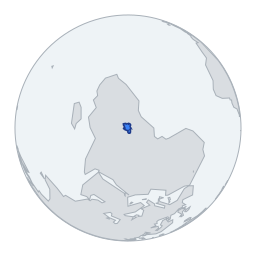 Kasaï-Occidental highlighted on a globe, orthographic projection, rotated 163°
{"feature_id": "COD-1872", "entity_name": "Kasaï-Occidental", "entity_type": "Province", "adm_level": 1, "iso_a3": "COD", "parent_name": "Democratic Republic of the Congo", "parent_adm1": "", "projection": "orthographic", "projection_center": [21.465, -5.12], "detail": "coarse", "context": "on_globe", "style": "filled", "palette": "blue", "viewbox_px": 256, "rotation_deg": 163, "n_neighbors": 0, "source": "natural_earth", "source_scale": "10m", "svg_char_len": 6129}
<svg xmlns="http://www.w3.org/2000/svg" viewBox="0 0 256 256"><g transform="rotate(163 128 128)"><circle cx="128" cy="128" r="113" fill="#eef3f6" stroke="#a8b0b8"/><path d="M65.5,34.3L62.3,36.8L60.6,38.0L56.8,40.8L56.4,41.0L65.5,34.3ZM49.8,47.0L49.7,47.0L50.2,46.6L51.9,45.0L50.5,46.3L47.8,48.9L49.8,47.0ZM17.3,107.2L18.1,106.0L17.7,107.6L18.2,114.4L20.7,116.8L21.3,121.4L20.8,124.5L22.1,125.0L22.1,127.0L29.2,128.8L34.3,133.2L35.1,140.1L32.8,148.5L35.4,165.6L32.5,172.0L34.9,178.9L38.1,189.3L36.0,189.1L39.8,193.7L41.3,196.9L40.8,197.5L43.5,200.9L43.2,201.2L45.4,203.2L49.1,207.9L52.9,211.2L56.7,214.9L59.2,216.8L60.1,217.7L61.6,218.8L59.5,217.4L58.7,216.8L52.4,211.5L46.5,205.8L45.0,204.2L45.5,204.7L39.6,197.8L34.3,190.6L33.0,188.6L22.0,166.2L21.8,165.6L19.3,157.5L17.4,149.3L16.1,140.9L15.5,132.5L15.4,124.0L16.0,115.6L17.3,107.2ZM64.4,220.5L60.3,218.1L62.0,219.1L59.6,217.2L63.0,219.2L64.4,220.5ZM59.0,215.4L58.3,214.2L59.2,214.7L59.8,215.7L59.0,215.4ZM233.1,87.4L232.5,86.0L233.5,89.2L237.5,101.6L238.2,104.9L238.7,110.1L238.3,107.6L235.4,100.1L236.7,107.9L238.9,115.7L239.7,124.2L238.8,120.8L237.7,113.4L236.7,110.5L235.7,103.6L232.4,93.0L231.4,94.1L230.2,90.1L225.6,81.4L223.4,83.0L220.7,92.3L222.4,102.6L220.6,106.9L213.4,91.2L209.7,81.3L207.4,81.9L199.8,73.4L187.5,71.9L185.5,69.5L183.3,70.4L177.9,67.9L174.7,64.0L171.6,64.2L180.0,74.4L183.3,74.4L185.7,70.7L187.5,74.5L192.6,78.1L187.9,86.8L169.2,94.4L167.0,86.6L150.6,66.6L150.9,64.5L150.8,64.2L150.6,63.8L149.5,67.2L146.6,63.6L155.7,77.0L157.5,83.0L169.0,94.8L168.0,96.0L171.5,98.6L182.5,96.1L182.6,98.7L177.7,110.8L162.2,127.6L164.1,139.6L162.6,150.0L152.4,156.8L152.9,164.9L147.6,167.8L146.9,172.5L142.4,177.5L135.0,182.3L123.0,182.6L122.6,178.3L117.1,170.2L109.6,150.7L113.0,141.7L112.1,134.9L103.3,120.4L105.2,112.2L102.8,108.9L97.9,110.0L95.0,106.2L92.0,106.3L72.8,110.7L66.8,106.2L59.3,91.9L62.7,85.6L63.0,78.9L85.9,55.2L91.1,55.9L109.5,52.1L111.8,52.7L109.9,57.4L124.0,62.8L128.1,58.7L140.5,61.9L148.6,61.9L150.9,53.2L137.7,53.0L135.1,49.0L145.5,45.6L157.0,46.5L156.3,45.0L148.8,41.5L151.2,39.1L146.2,40.2L148.4,41.7L145.3,42.5L143.1,41.3L144.0,40.4L140.5,39.7L137.0,44.7L138.9,46.8L129.7,47.8L132.0,51.5L129.6,53.3L124.9,47.8L125.2,45.8L116.6,40.7L115.5,42.8L123.5,48.0L121.1,47.6L119.7,51.1L118.9,48.2L110.5,42.5L102.1,44.4L91.8,53.6L86.8,54.9L82.4,53.7L85.8,45.1L96.5,43.4L97.9,40.8L95.3,37.8L98.8,37.7L99.1,36.4L103.2,35.8L108.5,32.5L112.5,32.0L114.3,28.5L116.6,27.9L114.9,30.0L115.9,31.4L125.9,30.9L127.8,30.1L128.1,28.1L130.8,28.4L129.9,26.5L135.5,25.8L127.9,25.2L128.1,23.3L131.3,22.0L129.9,21.4L124.7,23.7L123.9,24.7L125.4,25.8L121.9,29.3L118.5,30.0L117.0,26.4L112.0,27.2L113.0,24.4L126.5,19.2L132.2,18.6L142.5,20.8L141.3,21.6L137.1,21.1L141.3,23.0L140.8,22.1L143.1,22.6L143.8,21.4L145.5,21.7L143.4,20.2L145.5,20.4L146.8,21.4L149.7,20.3L153.9,20.9L153.8,20.5L152.5,20.0L158.8,21.4L158.4,21.1L156.2,20.5L154.0,19.6L152.6,18.7L154.9,19.3L155.7,19.6L160.8,21.4L162.6,22.7L163.3,22.8L162.3,21.9L156.1,19.7L154.6,19.0L157.8,20.0L156.5,19.6L156.5,19.4L158.6,19.9L155.2,18.9L153.6,18.3L161.7,20.5L169.7,23.3L177.4,26.8L184.8,30.7L191.9,35.3L198.7,40.3L205.0,45.8L211.0,51.8L216.4,58.2L221.4,65.0L225.8,72.2L229.7,79.7L233.1,87.4ZM78.5,66.3L77.9,68.2L78.5,66.3ZM169.5,52.5L176.2,53.4L172.4,48.1L174.7,48.1L172.6,46.4L172.1,47.7L166.9,43.4L169.5,42.3L168.3,40.3L166.1,39.9L162.2,42.7L169.6,48.8L168.4,50.7L169.5,52.5ZM18.1,105.9L18.1,107.0L17.8,107.2L18.1,105.9ZM21.2,92.2L21.2,92.4L20.9,93.0L21.2,92.2ZM50.8,45.9L50.1,46.7L50.8,45.9ZM55.8,42.3L53.5,44.6L54.6,43.3L53.0,44.5L53.4,43.7L59.8,38.7L56.8,41.0L55.8,42.3ZM55.1,42.2L54.8,42.4L55.0,42.2L55.1,42.2ZM96.7,30.9L98.2,31.4L96.8,32.9L91.7,34.5L93.7,32.3L96.7,30.9ZM100.6,31.9L100.5,28.3L103.7,27.4L101.9,28.5L104.1,28.3L101.8,29.9L104.9,33.0L103.9,34.5L95.0,36.1L98.5,34.6L96.8,34.1L100.6,31.9ZM94.7,23.7L94.7,22.9L101.6,21.9L100.8,22.8L95.6,24.2L93.5,24.0L94.7,23.7ZM116.2,16.0L118.5,15.8L115.3,16.2L115.8,16.1L113.5,16.5L111.7,17.0L110.2,17.2L110.1,17.3L108.6,17.6L108.1,17.9L105.1,18.5L104.2,19.0L103.3,19.0L102.5,19.7L101.8,19.5L99.8,20.1L101.5,20.0L87.0,23.9L81.4,26.3L77.2,28.6L76.5,28.3L80.1,26.2L85.7,23.6L91.2,21.6L89.9,22.0L92.1,21.2L92.8,21.0L100.4,18.8L108.3,17.1L116.2,16.0ZM118.3,15.8L117.4,15.9L118.3,15.8ZM114.3,50.9L116.1,51.0L118.8,50.7L118.0,53.1L114.3,50.9ZM108.4,47.1L110.0,46.7L110.2,49.5L108.3,49.5L108.4,47.1ZM110.8,44.3L110.1,46.5L109.4,45.3L110.8,44.3ZM116.4,29.7L118.1,29.3L118.3,29.8L117.4,30.6L116.4,29.7ZM126.1,16.5L124.7,16.3L125.2,16.2L124.1,15.9L126.5,15.8L128.0,16.0L126.1,16.5ZM148.8,54.6L146.5,56.2L145.3,55.4L146.3,55.0L148.8,54.6ZM131.6,54.4L135.6,55.4L131.3,55.0L131.6,54.4ZM128.4,16.3L127.7,16.1L129.3,16.2L128.4,16.3ZM128.1,15.7L130.0,15.8L126.6,15.7L128.1,15.7ZM182.9,207.7L182.8,209.3L181.4,209.3L182.9,207.7ZM180.7,149.0L172.2,167.1L167.2,167.0L166.8,161.5L170.2,150.4L176.2,147.5L179.3,142.7L180.7,149.0ZM239.5,143.9L239.4,142.6L239.2,140.3L239.5,138.6L239.9,140.5L239.8,141.8L239.5,143.9ZM239.5,138.5L238.8,131.7L235.7,114.5L236.8,115.3L239.6,126.5L239.5,128.0L240.0,133.1L239.5,138.5ZM240.4,134.7L240.5,133.5L240.5,126.7L240.5,123.8L240.6,124.3L240.6,124.1L240.4,134.7ZM222.8,103.7L225.1,110.4L223.9,111.2L222.8,103.7ZM234.7,91.9L234.1,90.3L234.0,89.9L234.7,91.9ZM147.5,17.4L146.3,17.8L147.1,18.6L149.9,19.4L145.4,18.6L144.3,17.4L147.5,17.4ZM137.1,15.9L136.6,15.9L135.3,15.8L137.1,15.9ZM226.9,181.9L229.1,177.7L228.9,178.0L226.9,181.9Z" fill="#d9dde1" stroke="#a8b0b8" stroke-width="1"/><path d="M126.2,132.3L126.3,131.5L125.1,131.7L124.6,130.8L124.6,130.0L125.1,129.7L125.5,129.1L125.5,128.1L125.2,127.3L125.4,126.8L125.2,126.4L125.8,126.6L125.9,126.3L126.4,126.1L126.4,124.5L126.8,123.5L127.1,122.8L127.9,122.8L128.0,122.5L129.0,122.9L129.4,123.7L129.0,125.0L129.3,125.2L129.4,125.6L129.1,125.7L129.6,125.8L130.7,126.8L131.2,126.9L131.4,127.3L131.0,127.4L130.9,127.7L131.5,128.3L131.8,128.2L132.4,128.5L132.4,129.0L131.8,129.3L131.7,129.1L131.0,129.3L130.9,129.4L131.2,130.1L130.9,131.0L131.5,131.6L131.3,133.3L131.2,133.3L130.4,133.4L130.2,133.1L129.2,133.2L128.7,133.0L128.6,132.3L126.2,132.3Z" fill="#3b82f6" stroke="#1e3a8a" stroke-width="1.5"/></g></svg>